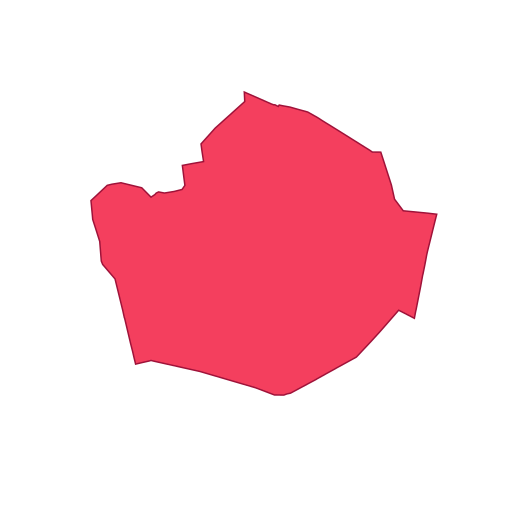 outline of Ķegums, Ogre, Latvia, rotated 44°
{"feature_id": "27541924B39135801304013", "entity_name": "Ķegums", "entity_type": "district", "adm_level": 2, "iso_a3": "LVA", "parent_name": "Latvia", "parent_adm1": "Ogre", "projection": "mercator", "projection_center": [24.717, 56.74], "detail": "fine", "context": "isolated", "style": "filled", "palette": "rose", "viewbox_px": 512, "rotation_deg": 44, "n_neighbors": 0, "source": "geoboundaries", "source_scale": "gbopen_adm2", "svg_char_len": 1629}
<svg xmlns="http://www.w3.org/2000/svg" viewBox="0 0 512 512"><g transform="rotate(44 256 256)"><path d="M133.7,146.2L140.6,152.7L138.0,189.6L137.8,192.4L138.6,213.6L140.4,215.0L143.8,217.7L144.7,218.4L148.9,221.6L152.7,224.5L145.9,233.8L140.1,242.0L147.8,248.2L151.8,251.4L155.8,254.6L156.6,259.5L152.3,266.4L146.4,274.3L141.4,277.6L140.5,280.1L140.6,282.0L139.6,286.6L126.4,286.3L108.0,297.1L102.5,304.4L99.9,308.5L99.2,323.1L98.8,330.8L109.9,340.3L113.1,343.1L123.0,348.4L133.5,354.1L148.2,367.1L151.6,368.6L170.5,370.4L197.8,387.6L204.1,391.8L205.0,392.2L226.8,406.2L233.6,410.4L238.8,413.8L244.5,417.4L248.1,411.8L252.3,405.4L253.0,404.1L256.4,402.1L295.9,378.0L347.2,351.1L365.9,343.1L366.9,342.1L370.5,338.7L372.0,337.3L372.7,336.6L373.9,334.0L374.2,333.5L376.1,330.7L382.3,311.3L383.6,307.3L384.9,303.3L385.2,302.0L387.0,296.1L387.1,295.6L387.3,295.3L387.4,294.9L388.1,292.4L389.0,289.5L389.9,286.6L390.7,284.0L391.5,281.4L391.5,281.2L395.0,270.0L398.4,259.0L398.1,237.5L397.7,223.8L396.3,195.9L413.2,190.8L409.0,184.4L408.5,183.5L395.7,163.7L389.2,154.0L388.6,152.9L384.2,146.0L381.4,141.7L378.2,136.9L376.4,134.0L367.6,118.8L365.1,114.5L359.8,105.3L358.3,102.7L357.0,100.4L349.9,105.8L330.5,121.2L316.2,118.9L304.1,110.9L282.8,99.5L273.6,94.6L267.5,100.4L263.9,101.0L257.9,102.3L244.6,105.1L218.7,110.6L216.9,111.0L213.8,111.7L212.8,111.9L209.1,112.7L205.3,113.4L203.6,113.8L201.9,114.2L201.0,114.5L193.2,116.5L183.3,121.9L177.1,125.2L173.2,127.8L171.3,129.1L167.8,131.3L168.1,133.0L164.5,134.1L163.8,134.9L163.6,135.0L162.9,135.3L161.6,135.9L133.7,146.2Z" fill="#f43f5e" stroke="#9f1239" stroke-width="1.5"/></g></svg>